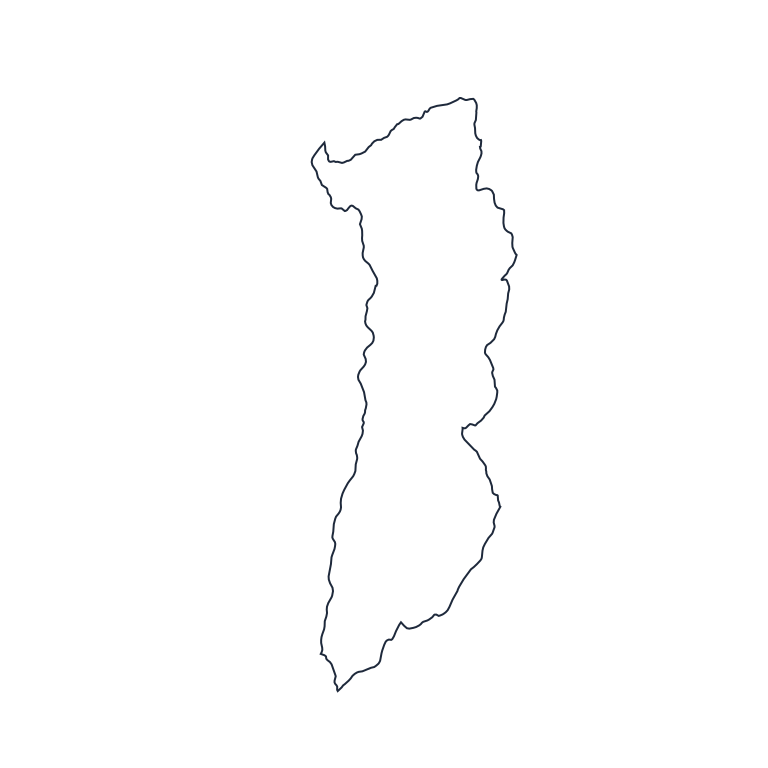 Capitanejo, Santander, Colombia, rotated 27°
{"feature_id": "7082276B5259246085028", "entity_name": "Capitanejo", "entity_type": "district", "adm_level": 2, "iso_a3": "COL", "parent_name": "Colombia", "parent_adm1": "Santander", "projection": "equal_earth", "projection_center": [-72.675, 6.515], "detail": "fine", "context": "isolated", "style": "outline", "palette": "slate", "viewbox_px": 768, "rotation_deg": 27, "n_neighbors": 0, "source": "geoboundaries", "source_scale": "gbopen_adm2", "svg_char_len": 6151}
<svg xmlns="http://www.w3.org/2000/svg" viewBox="0 0 768 768"><g transform="rotate(27 384 384)"><path d="M397.8,505.7L399.4,509.6L401.7,513.4L402.4,515.7L402.6,517.6L402.4,519.9L401.5,523.9L401.7,526.1L402.9,531.6L405.8,538.5L407.0,542.6L407.6,544.1L408.6,545.1L412.1,547.2L413.2,548.6L414.0,550.7L414.8,553.5L415.5,559.8L415.9,562.2L418.5,568.6L422.0,580.6L423.6,583.3L426.4,586.0L430.6,588.9L432.6,591.7L433.9,596.1L434.1,597.9L433.8,604.5L434.3,608.3L435.4,611.0L437.2,613.9L438.2,617.4L438.9,622.2L441.1,626.9L442.0,629.8L442.6,634.7L443.2,637.8L444.2,640.6L445.6,643.3L448.7,647.1L449.8,649.0L450.2,651.2L450.2,653.2L454.2,652.7L456.0,653.1L457.3,655.0L458.9,655.7L462.1,656.3L464.6,657.6L473.2,665.8L473.7,666.4L474.6,670.6L475.3,672.2L476.4,673.2L478.6,674.1L479.7,674.9L481.1,677.8L482.2,678.6L484.0,673.6L484.4,671.1L485.3,669.3L487.2,664.4L488.0,661.5L488.4,658.4L489.5,655.6L490.9,653.3L492.1,652.0L495.2,649.8L501.2,642.8L503.8,640.6L504.9,638.5L506.0,635.8L506.2,634.5L506.2,632.4L504.0,624.9L503.4,622.1L502.6,616.2L502.5,612.9L502.9,611.4L503.9,610.0L504.4,609.5L506.6,608.7L507.2,607.6L507.4,604.3L506.9,598.7L506.9,591.7L507.3,588.6L511.7,590.3L515.3,591.2L517.6,590.5L520.8,588.0L522.9,586.0L524.9,583.2L525.8,581.3L526.2,579.5L526.9,578.1L530.0,575.0L531.1,573.4L532.9,569.9L533.5,567.0L533.9,566.4L535.4,565.7L538.0,565.8L538.9,565.0L540.7,562.9L541.4,561.8L542.6,559.4L543.4,556.7L543.5,552.9L543.0,545.0L543.4,535.1L543.1,533.5L543.0,530.5L543.6,521.7L545.6,509.6L547.1,506.4L548.6,502.2L550.0,497.3L550.2,495.3L549.8,493.8L547.4,487.7L546.6,484.5L546.5,480.7L547.0,473.6L548.3,468.5L548.3,467.2L547.5,461.3L546.9,460.2L544.6,457.6L543.6,455.1L543.1,448.6L543.4,440.5L542.5,440.2L540.3,437.4L538.5,435.9L536.0,431.8L535.5,431.6L534.2,432.0L532.1,432.1L530.3,431.6L528.1,428.7L526.5,426.0L524.8,424.3L521.5,421.1L518.1,419.3L515.8,417.2L514.9,415.6L513.7,414.2L513.2,413.0L512.2,411.3L511.2,410.5L507.0,408.3L503.5,407.0L497.5,402.2L495.6,401.7L494.3,401.6L481.0,397.0L478.3,395.3L476.6,393.6L476.0,392.6L474.5,388.4L473.9,387.4L475.5,387.1L476.6,386.4L477.1,385.5L478.1,382.3L478.9,380.6L480.9,380.0L484.0,379.6L484.4,379.2L485.1,376.5L487.1,372.5L488.1,368.7L488.0,366.4L490.3,360.4L491.1,355.4L491.3,351.7L490.8,346.5L490.2,344.2L488.8,340.2L487.9,338.4L485.6,336.7L484.1,336.0L480.5,330.0L477.3,327.4L475.3,325.0L475.0,324.0L474.9,321.4L474.1,320.2L467.5,314.5L464.8,312.8L461.2,311.4L460.4,310.9L459.7,310.2L458.5,307.4L458.0,304.7L458.2,302.5L460.2,299.0L461.8,294.1L461.7,291.5L461.0,288.5L460.6,284.7L460.8,280.2L461.7,275.4L461.8,273.8L461.5,272.4L460.7,270.4L460.0,267.3L459.7,264.4L456.8,256.7L455.7,252.3L453.5,246.9L452.6,242.8L451.2,240.3L446.6,236.1L445.6,235.7L444.9,235.8L443.8,236.3L442.0,237.8L441.6,237.8L441.3,237.4L441.5,236.1L442.4,232.6L443.2,230.6L443.4,229.1L443.2,225.7L443.5,223.6L444.8,219.9L444.8,216.5L444.5,214.0L443.6,208.8L442.0,208.2L441.0,207.5L437.1,204.4L436.2,203.5L434.3,200.2L432.0,194.7L430.3,192.9L429.0,192.0L425.3,192.1L423.7,191.8L421.9,191.2L420.7,190.5L419.4,189.2L417.3,186.3L415.0,181.5L413.5,177.2L412.1,174.6L410.7,174.3L405.1,175.3L402.6,174.3L400.2,172.2L398.0,169.1L395.9,165.4L392.7,163.0L391.6,162.7L389.2,162.5L386.7,163.1L384.3,164.8L380.7,168.4L379.4,168.9L378.3,168.6L377.6,168.0L375.8,164.7L375.2,162.8L374.6,158.8L373.8,156.5L373.4,155.8L372.3,154.7L370.8,154.1L370.0,153.3L368.9,151.4L367.6,147.3L366.9,143.6L366.9,138.2L366.7,136.5L366.2,134.3L365.1,132.3L362.9,130.6L361.9,129.2L362.3,129.0L362.3,128.3L360.3,123.3L359.6,122.6L359.0,123.1L357.4,123.1L355.2,122.5L353.1,121.0L351.5,119.2L348.9,114.6L346.8,111.9L346.2,110.6L346.0,107.1L343.1,100.2L342.4,99.2L341.4,96.1L340.1,93.5L338.6,91.8L337.7,91.2L335.4,89.7L334.1,89.4L331.4,91.1L328.8,93.4L327.5,94.0L322.6,94.3L321.5,94.9L320.8,96.8L319.7,98.5L315.4,104.0L313.3,106.2L305.0,112.1L300.2,116.7L299.7,117.9L299.5,120.6L299.3,121.3L298.7,122.1L296.9,122.3L296.6,123.0L297.0,128.4L295.9,130.9L295.3,131.3L293.3,131.6L291.7,132.2L289.8,133.5L287.9,136.2L287.1,136.9L283.0,138.5L281.7,139.6L280.3,141.9L279.1,145.1L278.7,145.9L277.8,146.5L277.0,150.4L276.9,152.3L275.6,154.3L275.1,155.7L275.2,159.8L274.9,161.4L274.5,162.4L272.3,164.7L270.6,167.7L267.2,169.5L265.2,172.1L264.2,175.2L264.1,177.1L262.8,179.8L261.7,185.5L259.3,188.8L257.8,190.4L254.3,192.8L252.6,199.3L251.1,201.2L249.9,201.9L247.6,204.9L246.2,206.1L241.9,207.0L240.1,208.1L238.2,208.2L235.6,210.3L234.4,210.6L233.7,210.4L232.2,209.3L230.4,205.7L227.0,204.0L225.7,202.6L223.7,199.1L221.3,196.0L219.4,203.8L218.1,211.8L217.8,215.3L218.0,216.6L218.8,219.1L220.9,221.6L227.4,225.3L231.1,229.7L232.3,230.7L235.2,232.0L238.3,234.9L243.7,235.5L244.8,236.0L246.7,238.7L248.2,240.0L249.6,240.3L251.8,241.7L252.9,243.0L254.4,246.9L255.9,248.4L258.2,249.4L260.4,249.5L262.9,248.9L265.2,247.4L266.5,246.8L270.5,247.7L271.2,247.2L272.1,245.8L272.6,243.0L273.2,240.8L273.9,239.9L274.7,239.6L275.5,239.5L279.1,240.3L282.0,240.2L283.9,241.2L286.5,243.2L288.2,244.8L289.2,247.3L290.0,252.5L293.7,255.7L295.0,257.5L297.1,261.4L298.2,264.0L299.6,266.4L303.2,270.0L304.0,271.5L305.5,277.0L306.7,279.2L307.9,280.8L309.5,282.0L311.5,282.9L315.5,283.8L317.1,284.4L322.4,288.3L329.6,293.1L331.2,295.1L332.5,297.7L332.7,299.9L332.0,300.3L333.6,307.4L333.4,311.7L332.9,313.7L332.0,316.1L331.8,317.2L331.8,318.1L332.3,321.1L332.5,321.7L334.8,324.0L335.7,326.9L336.8,332.0L338.3,335.1L338.7,336.8L340.0,338.5L341.7,339.9L343.7,340.8L348.8,342.3L350.7,343.3L352.8,345.6L353.8,347.1L354.9,350.2L354.9,352.8L354.1,355.3L352.4,359.2L351.8,362.6L351.8,363.9L352.1,365.5L352.6,367.0L356.3,370.0L357.9,372.5L358.3,375.2L358.2,376.1L358.0,377.7L356.7,382.5L356.6,383.9L356.9,387.4L357.6,389.5L359.3,391.8L363.2,394.3L369.9,400.3L374.8,406.8L376.7,408.5L377.7,410.2L378.8,413.9L379.1,416.0L379.9,417.7L380.2,419.1L380.1,421.9L380.8,425.0L381.5,426.1L383.3,427.2L383.8,428.3L384.0,432.3L386.4,435.1L387.5,438.2L387.8,440.7L387.6,447.0L388.4,451.1L388.7,455.1L389.2,456.4L390.6,458.4L392.0,459.6L393.4,461.5L394.1,462.9L395.3,468.4L398.0,474.5L398.4,477.8L398.4,480.2L397.3,485.5L396.8,488.8L396.6,496.3L396.8,500.4L397.8,505.7Z" fill="none" stroke="#1e293b" stroke-width="2"/></g></svg>